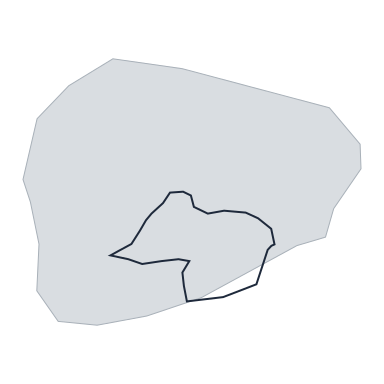 Escaldes-Engordany on a map of Andorra (Robinson projection)
{"feature_id": "AND-4881", "entity_name": "Escaldes-Engordany", "entity_type": "state/province", "adm_level": 1, "iso_a3": "AND", "parent_name": "Andorra", "parent_adm1": "", "projection": "robinson", "projection_center": [1.58, 42.496], "detail": "fine", "context": "in_parent", "style": "outline", "palette": "slate", "viewbox_px": 384, "rotation_deg": 0, "n_neighbors": 0, "source": "natural_earth", "source_scale": "10m", "svg_char_len": 766}
<svg xmlns="http://www.w3.org/2000/svg" viewBox="0 0 384 384"><path d="M325.5,237.1L296.9,245.6L201.2,297.7L146.8,316.0L97.1,325.2L58.2,321.4L36.8,290.8L39.0,244.1L30.4,202.0L23.0,179.5L37.1,118.7L68.8,85.7L112.9,58.8L182.3,68.7L329.4,107.8L360.1,144.2L361.0,168.8L333.7,208.6L325.5,237.1Z" fill="#d9dde1" stroke="#a8b0b8" stroke-width="1"/><path d="M274.5,244.4L271.4,245.8L267.7,249.8L256.4,284.3L223.1,297.1L186.9,301.4L183.9,285.9L182.4,272.5L189.3,261.1L178.5,259.2L161.5,261.1L142.2,264.0L128.3,259.2L110.5,255.4L119.0,250.7L131.4,244.0L139.9,230.7L146.0,220.2L151.5,213.6L163.0,203.1L170.0,192.6L183.1,191.7L190.9,195.5L193.9,206.9L207.8,213.6L224.1,210.7L245.7,212.6L258.1,218.3L271.2,228.8L274.5,244.4Z" fill="none" stroke="#1e293b" stroke-width="2"/></svg>